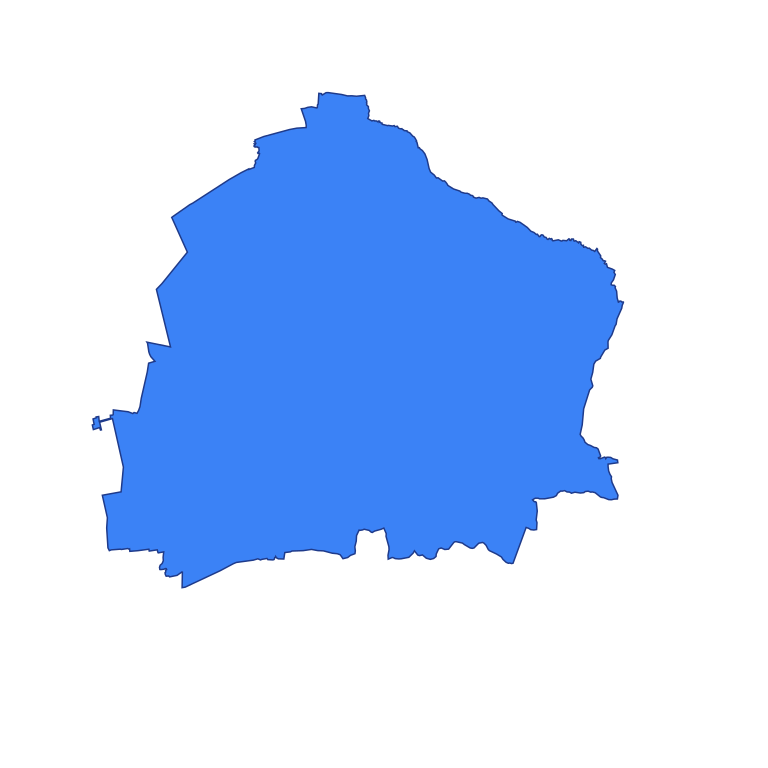 outline of Danesti, Gorj, Romania, rotated 291°
{"feature_id": "2599482B18073944252707", "entity_name": "Danesti", "entity_type": "district", "adm_level": 2, "iso_a3": "ROU", "parent_name": "Romania", "parent_adm1": "Gorj", "projection": "natural_earth1", "projection_center": [23.35, 44.955], "detail": "fine", "context": "isolated", "style": "filled", "palette": "blue", "viewbox_px": 768, "rotation_deg": 291, "n_neighbors": 0, "source": "geoboundaries", "source_scale": "gbopen_adm2", "svg_char_len": 6171}
<svg xmlns="http://www.w3.org/2000/svg" viewBox="0 0 768 768"><g transform="rotate(291 384 384)"><path d="M583.4,529.8L584.4,527.0L583.7,525.7L584.3,523.1L583.3,521.4L584.9,520.5L584.2,519.7L585.0,517.8L586.8,516.9L586.8,515.2L585.5,515.1L586.5,511.7L585.7,510.6L585.7,510.0L587.2,508.9L586.6,507.2L584.9,507.0L584.7,506.0L585.7,505.4L585.8,504.6L583.2,503.2L582.2,499.5L581.3,498.9L581.0,498.0L581.1,495.1L578.2,490.4L578.4,489.6L579.5,489.0L579.7,488.1L579.0,487.6L579.2,486.1L577.7,485.3L577.7,484.5L578.9,482.8L578.7,480.9L579.9,479.3L579.9,477.9L579.1,477.1L577.6,476.8L577.2,476.1L578.8,473.5L578.2,472.6L579.2,469.7L579.3,466.3L581.5,461.7L583.7,453.1L583.6,450.2L582.6,449.7L582.3,449.0L583.1,448.2L582.6,440.8L583.9,434.0L584.3,433.5L585.5,433.3L586.9,429.1L590.6,421.4L591.7,419.9L592.5,416.4L593.8,414.3L593.2,409.6L592.2,408.0L592.3,405.9L590.5,403.3L590.5,400.6L591.2,400.2L591.6,398.6L591.2,397.2L591.8,395.9L591.9,393.4L591.1,391.3L590.7,387.3L591.3,385.7L591.0,379.0L592.3,372.3L592.9,371.9L594.5,369.5L595.3,367.7L594.5,366.0L595.9,360.6L595.1,359.1L597.1,356.0L598.5,351.6L601.3,348.9L609.0,343.8L613.5,339.7L615.7,336.2L616.4,333.5L617.3,332.3L616.8,331.3L621.5,328.1L621.9,327.2L622.6,327.3L624.5,325.1L625.5,323.6L625.7,322.0L627.7,318.2L627.9,315.3L628.6,314.8L627.8,312.0L628.3,311.1L628.3,309.9L628.8,309.2L628.2,308.1L628.0,306.0L629.4,304.1L628.2,302.0L628.9,300.9L627.9,299.5L627.0,295.4L626.5,294.8L625.8,289.3L626.9,288.6L626.6,287.8L627.2,286.4L626.7,285.8L627.8,285.5L627.6,284.7L626.5,284.0L626.9,282.9L626.2,280.8L626.5,280.1L625.3,278.4L626.0,273.7L629.1,273.7L631.2,272.5L633.8,272.5L635.6,270.7L637.4,270.0L638.4,267.7L640.0,267.3L640.4,266.8L641.2,266.9L642.9,265.8L643.5,264.7L644.8,264.1L646.5,262.5L642.8,255.2L641.5,250.6L639.9,246.8L639.1,240.7L636.0,227.3L635.2,225.5L631.7,222.8L631.9,222.1L632.7,221.6L632.0,219.0L621.8,222.2L620.7,221.9L618.1,222.7L617.6,222.1L616.8,217.0L615.0,213.7L612.9,211.2L611.3,208.1L601.1,216.6L597.6,218.7L595.5,219.4L591.6,210.9L587.7,204.6L571.9,183.0L565.6,176.1L564.6,176.7L563.9,176.1L562.8,178.1L562.2,178.0L561.7,176.9L561.1,177.9L560.2,177.3L559.2,177.6L559.1,178.0L559.6,178.2L559.1,178.9L559.9,180.8L559.6,181.4L559.9,182.4L557.0,183.8L554.5,183.2L554.1,183.8L554.8,184.9L554.5,185.3L549.3,185.4L548.1,185.0L546.7,183.8L545.8,183.9L544.3,185.0L541.7,184.7L539.7,185.3L535.9,181.0L536.4,180.7L530.2,175.0L519.4,166.2L484.4,140.7L481.8,138.4L463.5,126.1L436.6,153.2L398.1,140.7L390.8,137.6L342.1,171.4L338.1,147.7L337.4,148.6L329.8,152.9L327.7,154.6L325.9,156.6L323.1,162.0L319.1,156.8L310.3,158.7L283.7,162.5L275.5,164.3L271.3,164.4L268.1,163.9L267.8,160.9L266.4,160.1L266.4,155.1L262.8,140.6L258.5,142.1L257.8,141.9L256.7,139.7L254.1,141.0L247.1,131.5L251.4,129.3L250.1,127.1L249.4,127.6L247.1,124.9L242.5,127.8L241.2,126.4L237.3,129.0L241.4,134.1L239.4,135.8L239.9,136.6L246.4,132.2L254.4,142.9L213.0,170.5L189.1,177.2L179.2,160.9L160.0,173.7L150.2,176.7L132.1,185.0L130.0,187.3L131.4,188.8L135.3,197.0L135.4,198.1L138.6,203.8L138.4,205.3L138.8,205.6L136.7,206.7L140.3,214.2L145.5,223.7L143.9,224.7L147.9,231.7L145.5,233.5L145.5,233.9L148.3,238.5L143.0,239.9L139.9,241.3L136.9,241.2L134.6,240.0L132.4,240.1L130.5,241.2L130.7,242.1L132.2,244.9L133.3,245.9L133.6,246.9L132.8,247.6L131.8,246.9L130.2,247.6L129.3,247.2L127.8,248.1L126.5,249.5L127.6,251.8L127.1,253.0L131.2,259.4L136.1,262.7L136.1,263.2L121.5,268.5L123.1,271.2L129.5,277.3L151.0,298.0L162.3,307.8L164.5,310.1L172.7,325.1L175.6,328.9L175.5,331.8L176.5,332.8L179.2,337.3L178.4,338.5L180.0,343.4L180.8,344.3L182.8,344.2L183.2,344.7L184.1,344.7L183.2,345.7L182.9,348.0L184.7,353.2L191.1,351.8L193.7,356.7L195.1,358.0L199.5,368.3L203.6,375.6L204.7,381.8L206.5,387.2L207.5,396.4L208.8,401.2L208.9,404.3L206.2,408.3L209.0,412.3L212.0,414.1L215.2,417.7L218.0,417.0L221.6,415.1L227.4,414.4L232.6,412.7L238.7,413.1L238.7,413.9L240.1,416.3L241.3,417.5L242.0,422.6L241.1,425.1L241.2,426.3L243.3,427.9L247.3,433.3L249.4,435.5L245.1,439.7L242.5,440.5L233.8,446.9L231.1,448.1L225.6,449.1L222.0,450.7L224.9,453.7L225.2,454.8L225.0,457.0L226.0,460.5L227.0,462.7L231.1,469.3L236.5,471.8L239.2,472.2L236.4,476.8L236.5,478.6L238.2,481.2L236.5,485.9L236.9,490.1L238.9,492.9L241.6,494.4L244.0,493.7L249.7,494.1L251.4,496.1L251.3,500.1L253.0,503.5L261.2,506.0L262.2,506.8L262.7,508.1L263.6,514.3L262.9,516.5L261.8,523.2L262.2,525.3L263.2,526.8L269.3,529.5L271.4,532.8L271.3,534.2L270.0,537.1L266.8,540.7L266.2,542.2L265.6,550.0L264.6,555.6L262.9,557.9L261.3,561.9L261.2,564.3L261.9,565.5L262.1,567.5L262.9,568.7L301.0,568.1L301.1,570.9L300.6,573.1L301.4,576.2L302.8,578.6L309.4,576.5L311.6,574.8L320.3,572.6L327.9,568.7L328.4,567.9L328.0,566.5L329.1,564.2L330.6,565.3L331.6,566.2L332.6,568.8L332.6,570.5L334.5,575.3L339.1,582.8L341.6,584.9L344.2,585.2L347.4,587.3L347.8,588.7L349.2,590.9L348.8,593.5L349.6,596.0L349.2,598.1L351.4,601.0L352.6,606.4L354.2,609.5L355.7,610.4L357.1,613.0L357.1,615.7L357.9,617.3L358.2,620.1L356.1,626.6L356.2,628.4L356.6,629.5L356.6,635.3L357.5,637.9L359.0,640.1L360.3,643.1L364.0,642.3L373.8,632.2L377.0,630.1L379.0,629.6L380.6,627.4L383.3,624.9L387.2,622.8L389.5,621.9L394.3,630.5L396.7,629.2L396.2,624.5L396.7,622.0L396.0,619.5L395.4,618.2L393.7,617.8L394.8,616.7L394.8,616.1L391.8,612.8L391.3,611.2L392.0,610.6L393.5,612.1L394.5,612.0L400.0,607.2L400.6,605.3L400.1,602.8L400.6,598.9L400.5,596.0L401.7,592.5L403.8,590.6L405.2,588.7L405.8,587.0L407.2,585.2L416.9,583.7L432.4,579.3L452.2,578.1L455.6,579.6L457.1,579.6L462.6,575.4L469.6,574.7L477.7,572.8L481.2,573.4L485.5,576.8L486.7,576.6L494.8,578.0L497.7,580.4L503.6,578.0L505.1,577.8L511.6,579.1L520.9,578.9L522.9,579.3L528.3,578.2L539.9,578.8L542.9,578.2L545.9,578.3L546.3,578.1L545.8,576.4L546.2,575.9L546.2,575.1L545.5,573.8L544.7,573.9L544.4,573.5L547.8,570.9L554.0,567.9L556.6,565.3L558.0,565.1L558.7,563.3L558.1,562.5L558.1,560.5L559.8,560.0L563.5,560.9L569.1,560.7L570.6,558.7L572.7,558.7L573.1,555.9L573.0,550.8L576.0,548.6L575.2,547.7L575.5,546.5L578.0,546.8L578.1,545.9L577.6,544.6L578.8,543.0L579.6,540.8L581.3,540.4L584.7,535.6L586.4,535.0L586.8,534.2L583.3,533.2L583.7,531.5L583.4,529.8Z" fill="#3b82f6" stroke="#1e3a8a" stroke-width="1.5"/></g></svg>